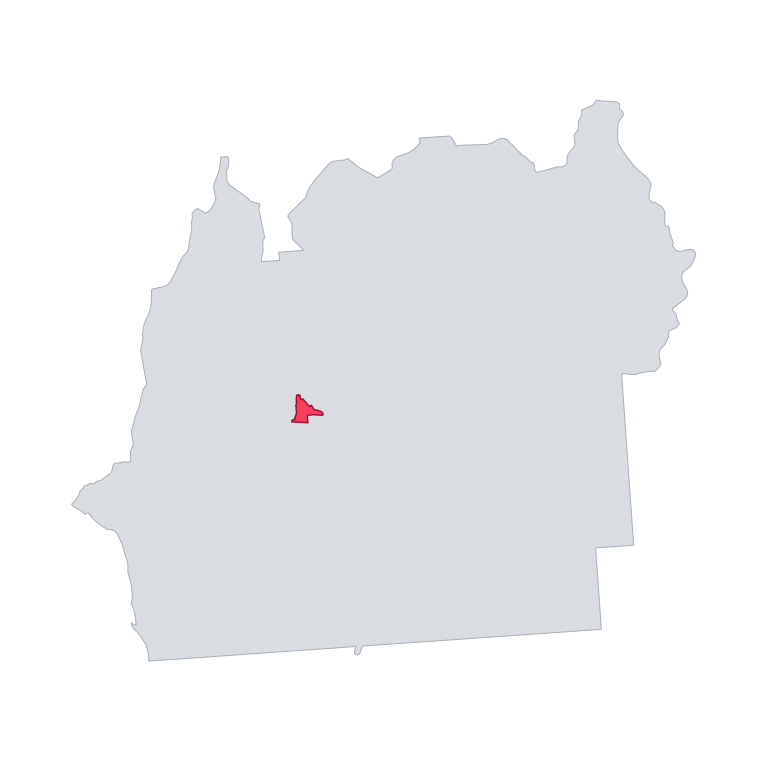 Karrari, Khartoum, Sudan (highlighted), rotated 176°
{"feature_id": "16777658B93959590111568", "entity_name": "Karrari", "entity_type": "district", "adm_level": 2, "iso_a3": "SDN", "parent_name": "Sudan", "parent_adm1": "Khartoum", "projection": "mercator", "projection_center": [32.496, 16.026], "detail": "fine", "context": "in_parent", "style": "filled", "palette": "rose", "viewbox_px": 768, "rotation_deg": 176, "n_neighbors": 0, "source": "geoboundaries", "source_scale": "gbopen_adm2", "svg_char_len": 6113}
<svg xmlns="http://www.w3.org/2000/svg" viewBox="0 0 768 768"><g transform="rotate(176 384 384)"><path d="M531.2,621.7L524.1,621.7L523.3,620.0L523.4,615.3L524.2,611.8L526.8,606.2L526.2,603.2L526.6,598.8L524.7,593.9L507.6,579.5L504.3,575.6L495.1,572.0L496.7,567.9L492.9,538.5L494.8,535.1L495.3,530.0L495.2,525.5L497.5,517.9L497.7,514.7L479.5,514.5L479.3,517.8L480.1,521.4L480.1,522.8L454.7,522.9L464.9,534.5L465.3,539.5L464.8,545.8L464.9,549.9L465.5,552.5L468.2,557.7L468.0,558.6L467.4,559.9L449.4,575.2L446.4,582.3L444.0,586.0L438.8,592.3L422.4,608.6L419.7,609.7L407.2,610.3L406.0,610.7L405.0,611.5L404.5,611.3L393.8,601.7L375.8,590.1L363.9,596.2L360.7,598.4L360.6,603.9L358.8,606.8L355.6,609.8L346.8,611.8L342.2,613.5L336.8,616.6L331.5,621.8L331.1,624.5L331.7,626.9L301.3,626.8L299.3,624.9L294.9,616.3L291.8,616.8L264.2,615.8L260.2,616.7L252.3,620.3L248.3,620.8L244.2,619.2L229.7,602.2L226.5,600.2L223.2,596.1L220.1,594.3L219.1,593.0L218.7,591.2L218.8,587.5L217.8,585.1L215.5,584.6L195.9,588.5L193.1,588.1L189.0,588.8L187.6,589.5L186.0,591.7L185.7,596.4L185.2,598.7L183.7,601.3L178.1,607.1L176.9,609.6L177.1,616.0L176.8,619.2L175.9,620.7L173.5,623.1L172.6,624.5L171.7,632.6L168.6,637.5L167.9,639.3L167.7,642.8L167.2,643.9L158.4,646.7L155.1,648.5L153.1,651.3L152.6,652.4L148.8,651.5L144.0,650.7L134.7,649.9L131.1,648.6L129.3,646.6L129.9,641.7L128.9,640.7L127.5,639.8L126.5,637.7L126.7,635.1L131.5,629.4L132.6,626.4L133.8,612.1L133.5,607.7L129.6,599.7L120.7,585.9L118.6,583.1L107.5,571.7L106.2,570.1L103.5,565.2L106.4,554.6L106.6,551.7L105.9,548.7L103.1,546.4L100.6,546.2L97.3,543.3L95.1,542.0L93.2,539.6L91.9,536.1L92.8,523.6L92.2,521.9L89.4,521.4L88.7,520.6L88.8,518.2L87.3,511.0L85.6,505.1L86.5,501.9L84.1,497.4L79.6,495.5L70.7,497.0L67.9,496.7L66.0,495.9L64.7,494.3L64.0,492.3L64.7,489.4L67.2,484.1L70.3,479.7L76.7,475.7L78.4,473.6L79.4,471.2L79.6,468.5L79.1,465.7L78.4,463.1L76.5,459.6L74.8,455.5L74.7,452.8L75.6,450.8L77.3,448.4L83.6,443.8L90.1,439.9L91.2,438.6L90.8,436.9L87.8,433.8L86.9,427.6L85.2,423.3L88.5,420.0L91.0,418.8L94.8,417.8L96.3,416.5L96.7,413.9L96.6,411.4L97.9,409.6L99.8,405.6L101.3,403.8L106.2,399.1L107.3,396.1L107.7,393.2L106.3,384.5L109.2,380.8L112.8,377.8L118.1,378.0L126.3,377.3L131.8,376.0L135.8,376.1L144.9,377.7L145.8,377.0L146.3,374.7L146.2,205.7L183.8,205.8L184.3,205.5L184.3,124.1L421.8,124.1L423.8,123.8L427.5,116.1L429.1,115.6L431.5,116.0L432.4,117.8L430.4,124.1L637.7,124.0L638.1,133.4L639.8,140.9L645.7,151.5L650.7,157.3L652.5,160.4L652.6,161.9L652.4,163.3L650.9,161.7L648.3,160.6L648.0,165.6L649.2,175.8L651.3,182.9L649.8,189.5L650.0,200.7L652.6,214.0L652.1,222.5L656.4,242.3L660.6,253.3L662.9,256.0L665.5,257.4L670.4,258.3L677.8,263.9L683.6,269.8L685.6,272.9L688.4,276.2L690.3,275.6L691.5,274.7L693.4,277.4L702.6,283.3L704.0,286.0L700.7,288.7L696.8,293.3L695.0,297.6L694.0,298.9L690.9,301.6L690.4,302.9L689.1,303.7L687.7,303.7L684.5,305.2L681.7,304.7L678.8,305.5L677.8,306.6L675.5,307.4L672.4,307.9L667.6,311.5L663.5,313.3L662.1,314.7L659.9,321.9L658.3,323.7L652.1,323.9L649.1,324.6L645.0,323.8L643.0,323.9L642.4,325.4L641.7,331.5L641.8,334.2L638.3,341.2L639.3,354.2L636.0,364.0L635.5,366.2L632.1,373.9L630.4,376.8L626.1,391.2L624.4,395.7L620.8,400.3L624.5,434.8L621.4,445.4L621.5,451.1L619.4,459.6L617.7,463.5L614.9,468.2L612.6,473.5L610.6,480.5L609.3,493.6L608.6,494.8L597.6,496.5L594.2,497.4L591.9,498.9L589.1,502.2L583.5,511.5L580.6,517.1L576.0,524.9L570.6,530.3L569.5,533.0L568.6,538.0L566.7,545.8L564.9,551.3L565.2,555.8L563.5,563.6L563.7,567.4L561.9,569.5L559.3,571.5L557.6,572.0L550.0,566.8L544.7,570.3L541.3,575.4L538.7,580.4L540.2,591.1L540.1,593.5L539.3,596.0L534.3,606.6L532.8,611.3L531.2,619.7L531.2,621.7Z" fill="#d9dde1" stroke="#a8b0b8" stroke-width="1"/><path d="M462.6,350.7L462.8,355.7L462.5,357.6L461.9,358.1L456.2,358.3L450.5,357.5L447.5,357.1L447.0,357.6L447.0,358.7L447.6,360.1L449.6,361.4L453.2,362.7L455.5,363.3L456.2,364.8L457.9,367.7L458.6,367.7L458.9,367.5L459.0,367.0L459.7,366.9L460.2,367.1L461.3,368.5L462.6,370.4L464.3,372.5L464.7,372.8L464.9,373.0L465.2,373.7L465.6,374.5L465.8,374.7L467.0,374.4L467.4,374.5L467.6,374.5L467.7,374.4L467.9,374.4L468.1,374.5L468.5,374.6L468.6,374.8L468.5,375.0L468.4,375.0L468.5,377.0L468.5,377.6L468.5,378.2L469.0,378.2L469.4,378.2L469.6,378.2L469.6,378.3L469.6,378.6L469.6,379.1L469.8,379.1L470.2,379.2L470.4,379.0L470.5,379.0L470.8,379.0L471.0,378.9L471.3,378.9L471.6,379.0L471.6,378.6L471.7,378.4L471.8,378.1L472.0,377.9L472.1,377.7L472.2,377.3L472.2,377.2L472.3,376.8L472.4,376.2L472.4,375.8L472.4,375.7L472.4,375.3L472.5,375.1L472.5,374.9L472.5,374.7L472.6,374.4L472.6,374.2L472.6,373.9L472.5,373.6L472.4,373.5L472.4,373.4L472.3,373.1L472.3,372.8L472.3,372.7L472.5,372.5L472.6,372.2L472.7,371.9L472.8,371.5L472.8,371.2L472.7,370.9L472.7,370.7L472.7,370.2L472.8,370.0L472.8,369.8L472.9,369.7L473.1,369.4L473.2,369.2L473.3,369.1L473.4,368.9L473.5,368.8L473.5,368.7L473.6,368.3L473.5,368.1L473.4,368.1L473.2,367.9L473.1,367.6L473.1,367.2L473.2,366.8L473.2,366.7L473.3,366.5L473.3,366.1L473.3,365.9L473.4,365.2L473.4,364.9L473.3,364.5L473.2,364.1L473.2,363.9L473.3,363.7L473.3,363.4L473.2,363.1L473.2,362.8L473.3,362.6L473.2,362.4L473.2,362.2L473.3,362.1L473.4,361.9L473.4,361.7L473.4,361.2L473.5,360.7L473.6,360.4L473.6,359.9L473.7,359.7L473.9,359.4L474.1,359.3L474.1,359.0L474.2,358.8L474.3,358.7L474.4,358.4L474.5,358.3L474.7,358.0L474.7,357.9L474.8,357.7L474.8,357.4L475.0,357.1L475.1,356.9L475.3,356.8L475.4,356.6L475.3,356.4L475.3,356.1L475.2,356.0L475.2,355.9L475.2,355.7L475.1,355.3L475.0,355.2L475.3,354.9L475.5,354.8L475.8,354.9L476.1,354.8L476.2,354.7L476.4,354.7L476.6,354.7L476.9,354.7L477.1,354.7L477.4,354.5L477.6,354.5L477.9,354.3L478.1,354.3L478.3,354.1L478.4,353.9L478.3,353.7L478.3,353.1L478.3,352.9L478.4,352.7L478.2,352.7L477.4,352.6L477.1,352.5L476.3,352.4L476.2,352.4L475.6,352.3L475.1,352.2L473.7,352.0L473.4,352.0L472.9,351.9L472.6,351.8L470.5,351.6L470.1,351.6L468.9,351.4L467.8,351.3L466.8,351.2L466.3,351.1L465.4,351.0L464.6,350.9L464.3,350.9L464.0,350.8L463.9,350.8L463.3,350.7L463.1,350.7L462.7,350.7L462.6,350.7Z" fill="#f43f5e" stroke="#9f1239" stroke-width="1.5"/></g></svg>